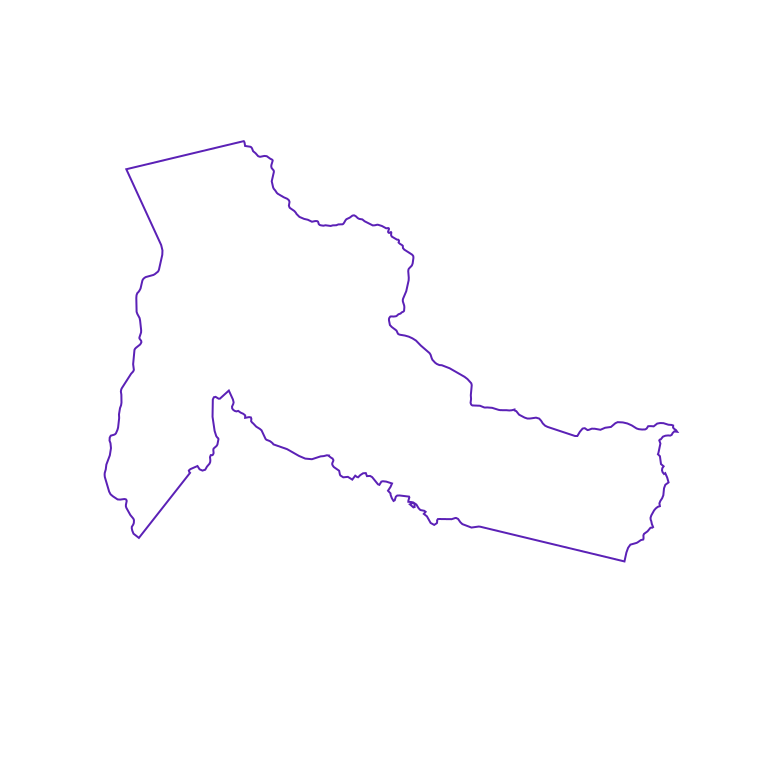 outline of Sangha, rotated 193°
{"feature_id": "COG-2880", "entity_name": "Sangha", "entity_type": "Region", "adm_level": 1, "iso_a3": "COG", "parent_name": "Republic of the Congo", "parent_adm1": "", "projection": "orthographic", "projection_center": [15.265, 1.384], "detail": "fine", "context": "isolated", "style": "outline", "palette": "violet", "viewbox_px": 768, "rotation_deg": 193, "n_neighbors": 0, "source": "natural_earth", "source_scale": "10m", "svg_char_len": 6118}
<svg xmlns="http://www.w3.org/2000/svg" viewBox="0 0 768 768"><g transform="rotate(193 384 384)"><path d="M89.9,360.4L87.0,356.5L84.6,352.1L87.2,349.1L87.7,345.4L86.8,338.4L87.3,335.2L88.4,332.3L88.8,329.7L87.7,327.0L89.6,325.9L91.2,323.9L92.4,321.6L94.0,316.0L94.2,313.5L93.6,311.7L92.8,310.6L91.5,307.8L89.6,305.1L90.2,304.4L92.0,303.9L94.1,299.7L96.9,296.5L97.2,294.9L96.4,292.1L96.4,290.8L98.6,289.7L101.4,286.6L102.3,285.9L107.8,282.9L109.3,279.3L109.9,274.4L109.8,265.2L258.3,266.6L259.7,266.4L266.5,263.8L276.1,265.1L278.5,266.5L281.5,269.2L283.7,269.7L284.5,269.4L287.7,267.5L299.7,264.9L301.1,264.5L301.6,263.1L301.2,261.7L301.2,260.3L303.4,258.0L307.3,259.1L312.4,264.7L316.0,266.4L314.7,268.8L316.2,269.5L320.2,269.4L322.3,270.7L325.3,273.8L327.6,274.7L326.5,271.0L327.6,270.4L331.7,272.6L329.6,274.3L328.6,274.7L330.1,275.2L333.8,274.7L334.0,275.8L333.8,279.2L334.3,279.9L343.7,278.9L346.0,278.3L347.1,276.9L347.4,273.1L348.4,272.2L350.6,274.4L352.6,277.4L353.1,278.9L356.1,280.9L354.5,285.2L353.8,288.9L359.9,289.4L363.2,289.0L364.6,288.3L365.8,284.7L367.3,284.9L374.6,290.6L376.9,291.3L379.9,290.4L381.7,293.1L384.3,292.3L386.7,289.8L388.2,287.3L389.2,287.3L391.4,288.2L393.4,283.7L398.3,285.4L402.7,283.9L406.0,285.1L406.7,286.1L408.2,289.4L414.2,291.8L415.4,292.8L416.3,293.9L416.6,295.1L416.1,297.9L416.3,298.6L417.5,299.9L418.3,300.0L421.9,301.6L421.8,301.9L423.6,301.7L426.5,300.2L429.5,299.2L437.3,294.5L444.0,293.6L450.7,294.8L463.7,298.7L478.2,300.3L478.9,301.0L480.5,301.9L482.4,302.7L486.0,303.2L487.1,303.9L492.9,311.3L494.8,312.3L498.9,313.7L502.5,316.1L504.0,316.9L505.1,317.9L505.4,320.2L506.2,321.5L508.0,321.4L511.7,319.8L512.2,322.2L514.4,323.3L517.4,323.9L520.0,325.0L521.6,324.1L523.4,324.2L525.1,324.9L526.4,326.0L527.0,327.8L526.4,330.7L526.4,332.3L527.7,334.9L533.7,342.7L540.6,332.8L541.9,332.5L545.2,333.6L546.8,332.8L547.3,330.4L543.7,313.5L538.5,300.2L535.8,295.6L534.5,294.4L533.5,293.9L532.9,293.1L532.7,287.5L533.2,286.0L535.5,282.8L535.5,281.4L534.5,278.4L534.7,276.8L535.2,276.1L536.8,275.7L537.1,273.6L536.1,270.8L535.8,268.9L536.1,267.1L537.9,263.7L538.9,260.3L541.4,258.8L544.5,259.4L547.3,262.1L553.5,257.5L554.7,255.8L553.9,254.4L553.0,253.8L588.2,178.9L594.4,181.8L596.3,184.5L597.3,186.6L597.6,188.1L596.7,190.7L596.5,192.4L597.0,195.1L597.9,196.4L601.7,199.3L607.2,205.4L608.0,206.8L608.3,208.2L608.4,212.2L609.2,213.4L610.4,213.6L611.4,213.4L615.1,212.0L617.6,211.6L622.9,213.6L625.6,215.0L627.6,217.3L635.1,230.6L635.8,232.7L636.1,234.5L635.9,238.2L636.4,243.0L635.1,252.8L635.6,260.1L637.2,264.8L638.7,267.1L639.2,270.1L638.6,272.2L635.7,273.8L634.7,274.6L634.1,275.6L633.4,279.4L633.3,281.8L634.4,291.3L635.4,294.8L635.8,301.1L635.4,304.2L635.6,306.8L637.5,314.5L638.7,317.5L638.8,319.6L638.5,321.0L632.7,337.2L631.2,339.8L630.9,341.5L632.9,346.9L634.8,361.1L634.5,362.3L633.8,363.5L630.6,367.5L630.1,368.7L629.8,370.2L630.3,371.4L632.5,373.3L632.8,374.3L632.3,379.6L632.7,381.7L635.9,390.9L637.0,393.3L640.1,396.8L641.3,398.7L644.7,412.1L645.1,414.9L644.8,417.1L644.0,418.3L643.3,420.0L642.7,422.3L642.7,430.2L642.5,431.4L642.0,432.5L641.2,433.6L640.2,434.6L633.2,438.4L632.0,439.5L629.4,442.8L629.0,444.7L629.1,460.0L629.9,464.3L632.4,469.3L683.4,535.3L575.3,589.1L574.3,588.1L572.9,584.7L567.6,585.1L566.6,584.8L565.6,583.9L563.9,581.4L561.1,580.0L557.9,577.7L556.4,577.5L555.6,577.6L551.9,579.3L549.5,579.6L545.7,578.0L543.4,577.4L542.9,577.0L542.7,576.6L543.0,571.8L542.7,570.3L542.0,569.1L539.5,567.2L539.0,565.9L539.0,556.3L536.3,550.7L535.4,549.5L533.5,548.1L531.4,546.1L530.1,545.4L523.7,543.4L520.0,542.7L518.4,541.9L517.8,541.4L517.0,540.1L516.8,536.4L516.0,535.1L515.5,534.5L514.1,533.9L510.3,532.4L508.5,531.1L507.5,530.0L504.0,527.8L499.0,526.9L495.2,526.9L490.7,525.9L487.9,527.2L486.4,527.6L485.4,527.6L484.7,527.2L483.5,525.1L482.4,524.5L481.2,524.4L478.7,524.6L476.7,525.5L471.5,526.0L469.5,527.1L466.3,527.9L464.4,529.2L460.3,530.3L459.7,530.9L459.1,532.3L458.4,534.7L457.7,536.1L454.8,538.4L452.7,540.9L451.8,541.4L450.8,541.6L449.2,541.1L446.8,539.7L445.2,539.3L442.1,539.5L439.5,538.2L430.6,536.0L428.6,536.6L426.4,537.7L425.4,537.8L421.6,537.5L416.9,536.2L414.9,536.9L414.3,536.7L414.0,536.1L414.3,533.5L414.1,532.9L413.5,532.4L412.9,532.4L411.4,533.6L411.0,533.3L410.6,530.7L409.6,529.4L403.9,527.6L402.6,527.8L401.8,527.3L401.5,526.8L401.6,525.1L400.1,524.2L397.7,523.4L396.8,522.9L396.1,520.7L394.5,519.5L385.8,516.4L384.9,515.8L384.2,515.1L383.7,513.5L383.2,507.9L383.5,505.7L385.7,502.0L385.9,501.2L385.8,499.5L383.8,493.2L383.3,490.6L383.2,479.4L384.6,471.4L384.6,470.1L384.2,468.7L381.9,464.8L381.4,463.2L380.9,459.8L381.4,458.9L382.9,457.7L383.7,456.4L385.6,455.2L387.0,453.2L387.6,452.7L389.8,451.9L392.5,451.4L393.1,451.0L393.7,449.6L393.8,448.4L393.4,447.0L391.5,442.8L389.3,441.3L383.9,438.9L381.7,436.1L380.6,435.7L379.4,435.6L374.5,435.9L370.5,435.7L366.6,434.9L362.6,433.5L356.7,429.7L346.5,424.3L345.2,423.0L343.4,420.0L342.3,418.5L338.9,416.2L337.0,415.4L334.3,414.9L331.9,415.3L323.6,414.1L307.1,409.1L303.8,407.6L299.2,404.4L298.6,403.4L298.2,402.3L296.9,392.6L295.8,389.0L295.4,385.1L294.5,383.7L293.8,383.2L293.0,383.0L285.6,384.4L281.1,383.7L280.2,383.8L278.0,384.4L273.3,385.1L266.6,384.6L264.7,384.7L258.9,386.0L256.0,386.4L253.5,387.2L251.1,388.5L250.8,387.6L249.0,387.3L245.5,384.5L239.5,382.9L236.5,382.6L233.7,383.3L228.3,385.4L225.0,385.2L222.6,383.5L220.4,381.3L217.6,379.6L215.0,379.0L186.1,376.3L183.9,376.8L182.4,381.5L180.5,385.2L180.0,385.5L178.4,386.1L175.4,384.9L174.3,385.3L171.5,387.2L168.7,387.8L162.8,388.1L158.7,391.1L153.2,393.2L149.7,397.9L147.7,399.4L142.6,400.3L138.0,400.3L133.3,399.4L127.9,397.5L125.6,397.3L122.3,397.7L119.3,398.5L118.1,399.6L117.1,402.3L114.5,403.0L111.7,403.4L108.9,406.9L106.1,408.1L102.9,408.7L97.7,408.3L94.6,408.8L92.9,408.6L92.5,406.5L91.0,405.5L89.2,404.8L87.6,403.4L90.5,403.1L91.7,401.2L92.3,399.1L93.5,398.1L95.6,397.8L98.2,396.9L100.4,395.4L101.8,392.4L102.8,391.8L103.1,391.0L101.3,388.2L101.1,378.5L101.3,377.2L98.9,375.7L96.1,368.3L93.0,366.7L93.9,364.5L93.7,362.4L92.6,360.6L90.9,359.3L89.9,360.4Z" fill="none" stroke="#5b21b6" stroke-width="2"/></g></svg>